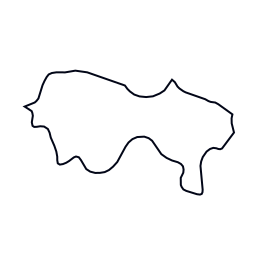 SVG path tracing the border of Bắc Giang, rotated 189°
{"feature_id": "VNM-470", "entity_name": "Bắc Giang", "entity_type": "Province", "adm_level": 1, "iso_a3": "VNM", "parent_name": "Vietnam", "parent_adm1": "", "projection": "natural_earth1", "projection_center": [106.489, 21.384], "detail": "fine", "context": "isolated", "style": "outline", "palette": "ink", "viewbox_px": 256, "rotation_deg": 189, "n_neighbors": 0, "source": "natural_earth", "source_scale": "10m", "svg_char_len": 1360}
<svg xmlns="http://www.w3.org/2000/svg" viewBox="0 0 256 256"><g transform="rotate(189 128 128)"><path d="M233.4,133.0L224.1,138.6L222.7,140.3L221.1,143.1L219.1,156.9L217.8,161.5L216.3,165.6L214.7,168.5L211.8,170.4L207.4,171.8L198.8,173.1L189.0,176.4L177.0,176.6L137.7,169.5L134.7,166.5L131.8,164.4L127.1,162.0L121.5,161.0L114.9,161.4L108.3,163.2L102.1,167.0L97.9,170.8L92.1,182.6L88.9,180.6L85.6,176.7L83.4,175.1L79.1,173.0L76.6,172.2L56.2,168.5L52.8,167.2L50.4,166.7L45.8,166.8L42.5,165.6L27.0,157.8L27.2,153.8L26.3,148.8L22.6,140.1L31.9,122.5L33.6,121.5L35.5,121.4L37.6,121.8L40.7,121.7L43.7,120.1L46.7,117.0L49.6,111.0L50.5,106.4L50.5,101.9L44.6,78.7L44.4,76.2L44.9,74.4L46.5,73.5L49.5,73.4L60.6,75.0L63.7,76.0L65.8,78.2L66.9,80.0L68.1,87.0L66.4,92.5L66.6,95.7L67.7,98.7L70.0,100.7L73.4,102.0L79.4,102.8L85.2,104.5L91.0,107.4L102.2,119.2L106.0,121.2L110.6,122.0L117.5,120.5L121.9,117.7L125.2,113.8L127.5,109.1L133.3,92.7L136.7,87.5L140.2,83.5L144.1,80.8L148.7,79.3L153.4,78.5L158.5,79.0L162.8,80.9L169.5,89.0L172.0,91.4L174.9,91.7L176.9,90.5L181.0,86.2L183.6,84.0L186.6,82.2L189.6,81.2L191.8,82.1L192.8,85.0L193.4,88.6L195.1,93.5L197.9,98.8L202.8,106.5L204.7,111.1L207.0,114.5L211.1,116.3L214.9,116.0L218.3,114.9L220.8,114.4L222.6,115.2L223.9,118.6L223.9,125.2L224.8,127.8L225.8,129.6L233.4,133.0Z" fill="none" stroke="#020617" stroke-width="2"/></g></svg>